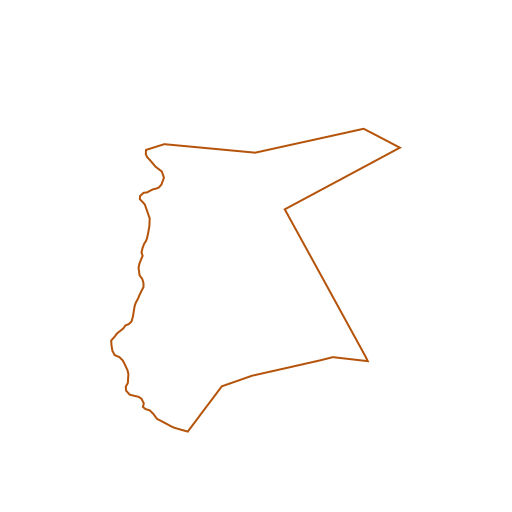 outline of Carnaubais, Rio Grande do Norte, Brazil, rotated 152°
{"feature_id": "56859067B9950716066401", "entity_name": "Carnaubais", "entity_type": "district", "adm_level": 2, "iso_a3": "BRA", "parent_name": "Brazil", "parent_adm1": "Rio Grande do Norte", "projection": "mercator", "projection_center": [-36.795, -5.268], "detail": "fine", "context": "isolated", "style": "outline", "palette": "amber", "viewbox_px": 512, "rotation_deg": 152, "n_neighbors": 0, "source": "geoboundaries", "source_scale": "gbopen_adm2", "svg_char_len": 1245}
<svg xmlns="http://www.w3.org/2000/svg" viewBox="0 0 512 512"><g transform="rotate(152 256 256)"><path d="M303.3,401.3L305.5,397.6L305.7,394.6L304.4,389.4L302.8,382.1L299.5,374.7L300.5,368.4L305.8,363.6L309.5,362.1L312.6,362.4L316.1,363.3L322.4,363.3L325.6,364.6L330.2,363.4L331.9,360.7L330.8,357.1L330.0,353.6L332.2,339.1L336.2,332.3L340.3,327.1L343.8,322.9L346.1,320.9L348.9,319.4L352.2,316.5L355.5,312.8L356.0,309.4L362.4,304.1L365.2,300.8L367.9,293.6L367.2,289.2L368.0,285.1L369.9,281.4L374.0,278.6L377.0,276.4L380.0,273.9L384.3,271.0L386.8,268.6L393.2,260.2L396.7,256.6L400.2,255.6L403.9,256.0L407.2,254.3L415.0,252.9L419.2,250.9L423.5,249.4L425.3,245.6L427.3,239.7L427.3,234.8L424.1,230.9L422.7,226.4L422.7,222.4L423.1,215.4L424.1,211.7L428.7,204.1L432.3,201.8L433.9,198.1L432.6,192.8L428.7,189.3L425.8,186.8L424.1,183.7L424.3,178.4L426.7,175.9L425.5,172.8L422.3,169.6L420.8,164.9L419.9,158.7L413.5,149.4L410.9,145.4L408.5,142.4L398.7,133.0L383.0,140.3L379.1,142.2L360.8,150.7L347.4,157.0L315.9,152.2L248.2,133.7L235.6,130.6L206.7,110.7L206.5,115.3L207.4,188.1L207.9,226.1L208.7,283.7L78.1,284.1L101.2,317.8L208.2,347.6L212.9,350.7L265.8,385.5L269.3,387.8L284.5,397.8L303.3,401.3Z" fill="none" stroke="#b45309" stroke-width="2"/></g></svg>